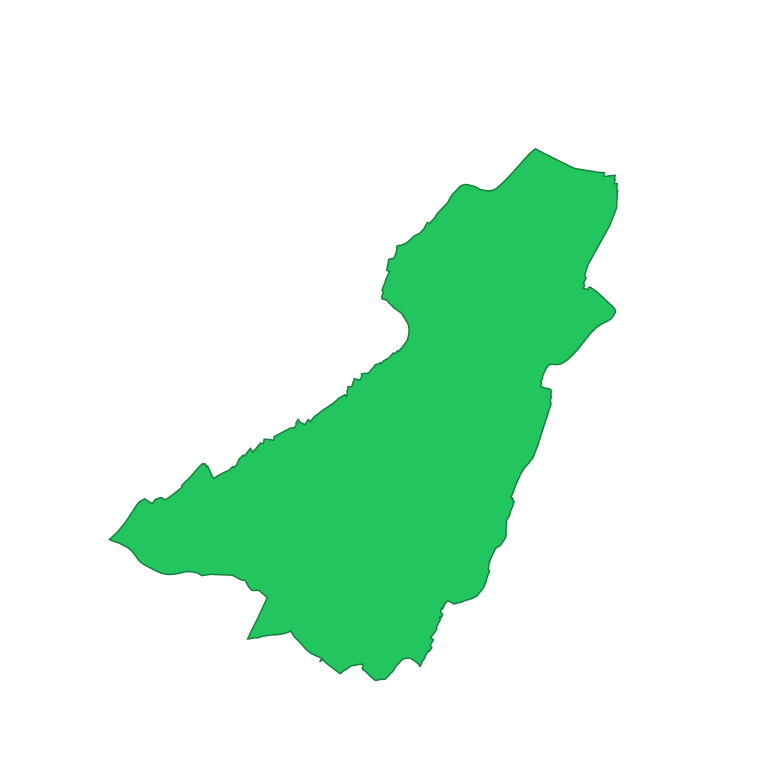 outline of Sena, Phra Nakhon Si Ayutthaya, Thailand, rotated 26°
{"feature_id": "78962969B95009717183464", "entity_name": "Sena", "entity_type": "district", "adm_level": 2, "iso_a3": "THA", "parent_name": "Thailand", "parent_adm1": "Phra Nakhon Si Ayutthaya", "projection": "equal_earth", "projection_center": [100.378, 14.308], "detail": "fine", "context": "isolated", "style": "filled", "palette": "green", "viewbox_px": 768, "rotation_deg": 26, "n_neighbors": 0, "source": "geoboundaries", "source_scale": "gbopen_adm2", "svg_char_len": 6151}
<svg xmlns="http://www.w3.org/2000/svg" viewBox="0 0 768 768"><g transform="rotate(26 384 384)"><path d="M515.9,123.9L510.1,110.5L509.3,107.7L509.2,107.7L508.5,108.2L508.3,108.0L507.7,106.1L506.7,104.5L505.8,101.6L503.1,103.0L502.1,99.0L501.5,99.1L500.3,95.1L494.9,98.3L494.4,98.9L493.0,99.7L490.1,100.9L489.4,97.5L482.5,100.2L462.0,106.4L459.9,106.7L456.6,106.9L426.1,106.6L418.5,106.3L417.1,106.1L415.5,109.4L413.8,113.5L411.7,120.4L406.0,140.7L403.2,149.3L400.7,155.8L398.8,159.8L398.2,160.7L395.6,163.2L394.2,164.1L391.5,165.2L386.9,166.7L384.5,167.1L380.8,166.7L379.5,166.7L372.4,168.0L370.6,168.6L368.9,169.5L367.8,170.4L366.3,172.1L365.4,174.0L362.2,184.4L361.8,188.2L361.8,192.7L361.6,193.5L357.3,207.1L356.9,209.6L356.7,212.5L356.5,213.4L354.9,217.9L354.7,219.6L354.6,219.8L352.3,219.7L352.1,219.8L351.9,226.2L351.8,227.4L349.6,233.7L348.3,235.0L346.3,237.6L345.8,238.7L344.4,242.9L342.4,247.2L341.0,249.1L338.3,252.0L336.2,253.2L335.4,254.0L335.3,254.5L337.1,259.6L337.5,261.3L337.7,265.7L337.3,267.2L336.0,267.9L333.6,270.0L335.1,274.9L336.6,280.7L339.5,280.4L340.0,290.6L340.4,291.9L340.6,296.0L341.1,300.7L341.3,300.9L342.8,300.8L343.0,300.9L343.5,304.5L343.6,306.7L343.8,306.9L344.5,306.9L344.8,308.3L348.7,307.7L349.9,307.4L352.7,308.9L359.7,311.2L368.3,312.6L369.5,313.2L379.2,319.4L379.9,320.1L381.7,322.5L383.0,324.8L383.8,326.5L384.3,328.0L385.7,333.6L385.1,339.0L384.7,341.4L383.8,344.7L382.6,348.7L381.6,348.3L380.5,351.9L378.8,352.0L377.0,358.4L373.5,363.3L372.4,367.2L371.2,366.6L370.3,368.3L369.9,368.7L368.6,369.6L367.4,371.4L367.3,371.8L367.7,372.3L367.7,372.6L366.5,375.9L365.8,379.3L365.1,381.2L361.1,383.5L360.0,384.2L359.3,385.0L360.7,387.0L360.6,390.9L355.0,392.3L356.2,400.6L354.0,401.6L352.8,402.4L353.9,405.3L353.8,406.1L356.0,410.9L355.1,412.0L354.0,410.8L353.6,410.7L349.9,416.1L346.4,424.6L345.9,424.9L342.7,430.8L341.2,433.0L337.0,441.5L335.9,443.3L335.2,445.7L334.4,450.3L332.4,449.4L331.5,449.2L331.0,453.4L331.1,455.0L325.0,455.4L324.9,454.8L322.2,453.6L322.1,455.0L322.5,455.3L321.9,457.7L322.8,458.3L322.8,462.5L320.2,463.9L319.1,464.8L308.3,479.4L309.5,482.7L309.5,483.0L305.4,484.1L300.4,486.2L301.4,488.7L301.5,490.7L298.9,491.2L296.2,502.7L292.1,500.5L290.3,509.4L290.0,509.7L288.5,509.7L287.5,513.2L286.9,513.8L286.7,519.1L287.1,521.0L285.7,524.9L284.6,524.6L284.1,524.6L283.0,528.5L281.1,531.2L279.1,533.4L275.3,538.6L272.4,543.6L268.5,541.1L268.0,540.6L261.4,535.1L261.0,536.2L258.4,534.1L258.2,534.3L257.8,535.2L256.2,534.7L255.0,537.0L254.4,538.7L252.7,544.7L250.9,552.0L247.9,560.2L246.8,564.0L246.8,564.4L247.7,565.1L247.7,565.4L242.9,575.7L240.1,580.8L238.5,583.2L237.0,584.5L236.7,584.5L235.1,583.5L234.0,583.6L232.9,584.2L230.3,586.7L229.1,588.0L228.1,593.2L219.3,592.1L216.2,596.4L215.5,598.0L214.9,600.4L214.8,601.2L212.2,621.9L209.4,633.5L205.4,644.2L212.5,643.6L216.2,643.1L219.9,643.3L224.7,643.3L227.0,643.7L230.3,644.6L237.4,648.0L240.8,650.0L245.1,651.2L248.4,651.6L258.8,651.9L262.4,651.9L266.6,651.7L271.6,650.5L273.6,649.8L275.3,648.9L278.7,646.9L281.7,644.8L285.4,641.9L287.7,639.8L289.4,638.8L295.4,636.4L297.8,635.9L300.8,635.7L304.1,636.2L311.4,631.2L332.0,622.1L333.0,622.4L334.1,622.5L335.2,622.3L338.1,622.6L341.7,622.6L343.3,622.2L345.4,621.3L348.1,623.4L351.0,625.4L352.8,626.4L355.8,627.4L362.3,624.3L366.6,625.7L368.0,625.7L369.8,626.4L372.8,627.1L372.9,636.5L373.2,651.3L373.0,667.1L373.1,667.7L373.1,672.9L374.3,672.4L376.9,670.3L379.8,668.4L382.3,667.2L384.7,664.5L393.6,658.4L398.2,656.0L400.6,654.3L403.3,652.3L407.1,648.8L408.4,646.8L411.3,648.8L414.7,650.7L421.5,653.1L430.7,656.8L435.6,658.0L438.7,658.2L443.8,658.0L448.8,657.5L448.8,657.9L448.0,659.6L448.0,660.8L448.2,661.3L448.4,661.1L449.2,659.1L449.5,658.8L450.0,658.7L453.8,660.0L455.3,660.4L471.0,663.5L471.7,663.5L472.1,663.1L473.3,659.6L475.1,657.1L476.5,654.8L477.9,651.8L478.3,651.3L481.4,649.7L483.5,647.6L484.2,647.1L488.0,645.2L488.4,645.4L489.1,648.9L489.4,649.6L489.6,649.8L493.6,650.5L498.2,652.2L502.9,653.6L505.5,654.1L506.5,654.0L507.1,653.7L507.9,652.9L509.3,652.2L509.9,651.1L510.3,650.7L511.3,650.5L514.5,648.9L517.1,640.4L517.8,638.9L518.2,636.6L518.4,633.0L519.0,631.0L521.0,624.4L522.4,622.1L523.3,621.4L527.5,618.9L533.3,619.6L537.8,620.5L539.3,621.8L540.4,621.8L540.0,616.6L540.7,613.1L540.4,609.3L540.5,607.9L540.9,604.9L541.7,604.9L541.9,604.8L542.6,600.2L542.5,599.9L540.4,598.8L540.1,598.5L540.6,592.2L537.2,591.7L537.7,588.7L538.1,587.0L538.7,582.0L538.6,580.5L537.8,580.2L537.9,570.5L536.4,570.2L536.4,568.6L537.9,568.6L537.7,566.5L537.3,565.1L534.5,564.1L534.1,560.5L535.0,560.8L535.2,560.7L535.2,553.9L536.5,550.9L539.1,550.8L543.4,551.0L550.0,545.4L551.3,543.5L556.5,538.9L560.5,533.8L561.2,530.3L562.4,525.6L562.6,523.0L562.5,517.7L561.2,511.1L561.2,508.8L561.0,507.1L560.6,506.2L559.8,504.8L558.6,504.3L557.0,498.5L556.6,496.0L556.3,485.6L556.4,482.6L559.0,478.6L559.5,477.3L559.7,476.1L560.0,473.6L560.4,471.4L560.4,467.8L560.2,466.9L558.2,462.6L557.2,460.8L556.2,458.2L554.7,455.0L554.2,453.3L554.0,452.3L554.1,450.7L554.6,447.7L553.3,441.4L553.3,437.9L552.6,433.7L552.6,432.6L550.2,432.2L550.1,431.8L550.4,430.9L550.2,430.5L549.4,430.3L547.9,430.3L547.7,430.2L547.5,423.3L547.1,421.8L547.0,419.0L546.7,417.7L546.5,411.1L546.5,407.9L546.0,405.3L546.5,404.3L546.5,402.1L547.4,396.4L548.8,391.9L549.1,390.1L550.2,385.5L549.1,371.4L547.1,358.6L546.8,356.1L542.9,328.7L541.1,326.4L540.7,325.5L540.0,322.4L538.8,320.6L537.0,316.5L536.7,316.1L536.2,315.8L534.0,316.0L530.6,317.2L528.9,317.4L525.9,316.9L525.5,316.5L525.0,313.7L523.8,312.8L523.8,312.6L524.0,309.6L523.8,308.9L523.1,307.1L523.0,306.2L523.0,303.5L522.9,300.0L523.4,296.3L523.9,294.7L524.5,293.8L526.6,292.6L529.5,291.4L530.8,290.7L532.7,289.5L534.3,288.2L536.6,285.0L538.4,281.4L540.8,275.3L542.5,269.6L543.3,266.6L546.2,253.1L547.2,248.8L548.3,245.2L549.9,240.9L551.2,238.1L553.4,234.5L557.8,228.9L559.4,225.9L560.0,224.0L560.5,218.6L559.6,216.4L558.7,215.4L556.8,214.6L535.7,208.0L527.2,206.6L525.7,207.4L526.0,209.7L521.3,210.6L521.1,208.0L520.5,207.0L519.1,205.8L519.2,204.3L519.2,200.3L517.0,198.6L516.3,196.5L515.1,187.2L517.4,143.0L515.9,123.9Z" fill="#22c55e" stroke="#15803d" stroke-width="1.5"/></g></svg>